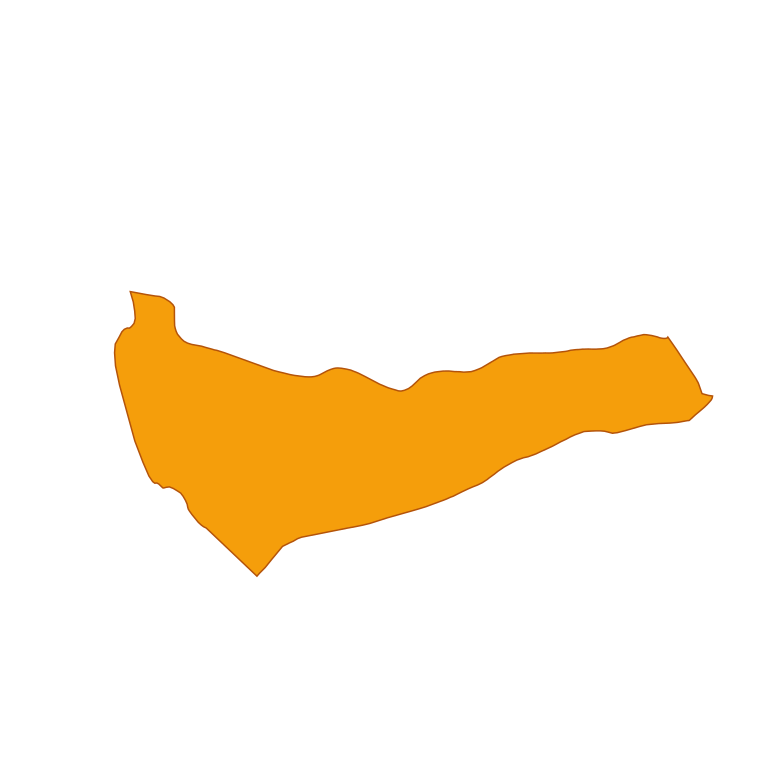 the district of Binh Dai, Bến Tre, Vietnam, rotated 134°
{"feature_id": "81297802B66163336026361", "entity_name": "Binh Dai", "entity_type": "district", "adm_level": 2, "iso_a3": "VNM", "parent_name": "Vietnam", "parent_adm1": "Bến Tre", "projection": "equal_earth", "projection_center": [106.602, 10.168], "detail": "fine", "context": "isolated", "style": "filled", "palette": "amber", "viewbox_px": 768, "rotation_deg": 134, "n_neighbors": 0, "source": "geoboundaries", "source_scale": "gbopen_adm2", "svg_char_len": 3735}
<svg xmlns="http://www.w3.org/2000/svg" viewBox="0 0 768 768"><g transform="rotate(134 384 384)"><path d="M493.8,630.7L499.1,621.4L504.7,614.0L509.7,608.4L514.0,605.9L518.1,605.6L520.6,605.9L522.1,607.6L525.0,608.8L528.5,608.8L534.3,607.1L541.9,605.1L548.7,599.5L557.5,589.7L568.6,573.3L598.1,523.6L607.7,503.1L613.5,489.2L614.9,482.6L614.6,480.0L613.0,478.6L612.4,476.6L612.4,473.5L612.4,471.0L611.8,470.2L609.6,468.9L607.1,466.9L605.5,463.0L604.4,458.2L603.7,454.5L604.3,450.5L605.6,446.0L607.2,442.1L608.9,439.7L610.0,437.8L610.6,435.4L611.3,431.5L612.5,421.5L612.4,417.5L612.0,414.6L611.1,411.9L610.5,341.9L606.8,342.1L598.4,342.0L588.5,342.9L571.3,344.2L563.9,341.6L560.2,340.1L555.2,338.7L551.5,336.9L512.9,310.1L511.7,309.2L510.1,308.1L508.4,306.8L506.5,305.5L505.5,304.8L500.4,301.3L494.1,297.3L487.4,293.7L477.7,288.5L468.8,283.3L461.9,279.3L458.0,277.0L449.8,272.3L443.1,268.6L430.2,262.4L426.1,260.4L423.2,259.1L419.4,257.6L416.5,256.2L412.1,254.7L407.3,253.0L400.7,250.5L396.4,248.7L391.6,246.5L386.6,244.7L380.9,243.4L378.3,243.1L372.1,242.0L367.9,241.5L361.6,240.2L360.2,239.9L356.2,238.7L351.5,237.3L346.5,235.6L340.1,232.4L336.4,229.9L328.6,226.1L324.0,224.4L317.7,221.9L311.4,219.5L307.4,218.2L302.9,216.8L297.1,214.6L292.9,213.3L287.8,211.3L286.6,210.7L282.6,208.7L279.4,207.2L278.0,206.0L274.5,202.8L270.7,199.2L267.5,195.9L264.8,192.6L263.2,189.9L261.3,186.5L260.7,185.4L259.4,184.4L257.0,182.4L249.7,177.9L236.8,170.5L231.0,166.9L221.6,158.9L217.5,155.0L213.3,151.0L208.1,146.5L206.4,145.2L204.3,143.7L199.6,140.3L198.7,139.5L198.1,139.1L189.8,138.6L184.1,138.0L180.1,137.6L177.5,137.4L176.9,137.4L174.4,137.3L170.7,137.4L168.5,137.5L166.8,137.9L165.6,138.5L164.4,139.3L164.8,139.9L166.7,142.5L169.3,147.2L170.0,148.6L165.5,157.5L164.7,159.3L164.4,160.5L163.8,162.3L163.0,165.4L160.5,177.0L159.3,182.7L156.1,197.1L154.5,205.1L153.1,212.4L153.8,212.2L154.2,212.3L154.7,212.6L155.4,213.0L156.0,213.5L156.7,214.2L157.6,215.3L158.7,216.9L159.3,217.9L160.2,220.0L160.6,220.7L163.1,225.0L165.3,228.1L166.6,229.9L168.2,231.6L171.4,233.7L173.5,235.2L176.4,236.9L178.6,238.6L180.8,239.8L183.0,240.7L186.3,242.2L189.1,243.0L189.6,243.1L193.5,244.3L195.5,244.9L197.1,245.5L199.3,246.6L203.1,248.5L206.3,250.8L207.7,252.0L210.2,254.4L211.7,255.7L213.7,257.8L215.1,259.3L216.7,261.1L218.2,262.6L220.2,264.5L221.2,265.6L221.3,265.6L224.4,268.3L225.6,269.5L230.1,273.2L232.7,274.8L234.5,276.1L239.2,280.0L244.6,284.4L247.1,286.8L249.7,289.6L252.4,292.2L260.6,300.8L272.7,311.6L272.8,311.6L276.3,314.1L278.9,316.1L282.4,318.4L284.9,319.7L304.4,325.0L307.3,326.2L311.0,327.9L314.6,329.9L317.7,332.7L320.0,334.8L322.6,338.1L326.1,341.9L329.3,346.0L331.5,348.3L333.7,350.5L334.7,351.3L337.6,353.7L340.1,355.7L342.9,357.4L345.9,359.1L349.8,360.6L354.6,361.9L360.0,362.1L366.0,362.4L370.3,363.2L374.3,364.9L377.2,366.8L378.9,368.8L380.4,371.8L381.8,374.4L383.7,378.1L384.7,380.6L384.8,380.9L386.2,384.6L387.1,386.8L391.7,402.6L392.1,403.9L393.9,409.7L394.9,412.3L395.9,414.6L397.1,417.6L398.2,419.4L399.4,421.4L402.2,425.5L404.5,428.3L406.0,429.7L407.8,431.0L410.6,432.5L414.0,434.0L419.5,435.8L422.5,436.8L424.3,437.7L426.7,439.1L429.3,441.2L431.2,443.1L433.7,445.9L434.5,447.0L436.9,450.2L439.9,454.2L442.6,458.3L443.8,460.4L445.7,463.7L448.2,467.9L450.8,472.5L451.2,473.3L472.3,520.4L475.6,527.0L475.9,527.6L477.3,529.7L478.2,531.5L479.0,533.0L480.0,534.8L481.0,536.6L482.0,538.5L482.8,540.1L483.6,541.6L489.1,549.8L491.1,553.8L492.2,557.6L492.3,561.2L491.7,566.7L491.6,567.3L490.4,570.3L488.9,573.0L487.5,575.1L484.1,578.6L478.3,584.3L474.4,588.1L473.6,590.9L473.6,592.8L473.6,595.1L475.0,602.0L476.8,606.1L478.6,608.4L479.7,609.8L485.0,617.4L493.3,630.0L493.8,630.7Z" fill="#f59e0b" stroke="#b45309" stroke-width="1.5"/></g></svg>